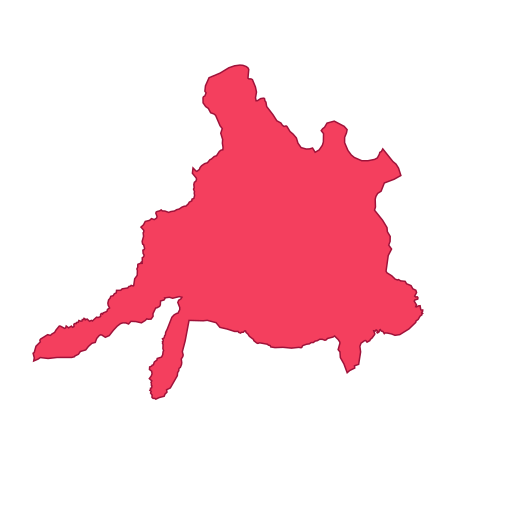 outline of Pital, Huila, Colombia, rotated 110°
{"feature_id": "7082276B7472768394533", "entity_name": "Pital", "entity_type": "district", "adm_level": 2, "iso_a3": "COL", "parent_name": "Colombia", "parent_adm1": "Huila", "projection": "mercator", "projection_center": [-75.81, 2.257], "detail": "fine", "context": "isolated", "style": "filled", "palette": "rose", "viewbox_px": 512, "rotation_deg": 110, "n_neighbors": 0, "source": "geoboundaries", "source_scale": "gbopen_adm2", "svg_char_len": 6128}
<svg xmlns="http://www.w3.org/2000/svg" viewBox="0 0 512 512"><g transform="rotate(110 256 256)"><path d="M334.5,130.4L331.6,128.8L327.5,124.9L325.5,125.9L322.7,122.5L310.3,124.9L305.4,127.5L302.0,127.5L298.4,125.0L297.9,124.0L299.0,122.2L296.6,120.1L295.2,120.0L293.4,118.9L289.3,117.7L288.6,117.7L286.0,119.8L285.6,118.0L284.4,117.9L284.3,117.4L285.2,116.0L286.5,116.2L286.8,115.6L285.5,114.5L283.0,114.4L282.6,114.0L283.7,112.6L283.5,111.0L285.1,108.9L284.2,108.5L283.5,106.3L282.9,102.1L283.0,98.3L280.7,94.0L272.2,87.3L263.8,83.2L262.3,83.4L260.1,81.9L256.5,81.3L254.5,80.0L253.7,80.5L252.9,79.8L252.3,81.0L250.8,80.5L249.7,80.9L250.3,82.3L249.9,82.9L246.6,84.8L247.4,86.4L248.9,87.7L249.0,88.6L247.0,88.5L244.3,91.9L243.0,91.7L241.2,89.3L239.9,89.5L239.2,90.4L239.9,92.2L239.4,93.2L235.4,92.6L233.5,94.1L233.2,97.4L230.8,100.2L230.6,105.0L228.8,107.2L229.9,111.6L229.4,114.0L230.1,114.7L230.2,117.2L228.2,121.6L227.0,127.2L225.8,128.6L210.4,131.9L203.1,131.0L200.4,135.0L196.4,135.0L191.7,136.6L188.2,140.9L184.5,142.6L179.1,149.3L172.4,160.3L169.1,160.5L161.9,163.4L159.1,163.7L155.6,163.1L152.3,160.6L143.5,160.4L136.6,152.4L130.8,147.4L124.7,152.1L121.8,155.8L120.4,159.7L112.0,173.5L114.9,173.9L116.3,175.1L118.1,174.9L122.3,175.5L124.6,177.5L128.2,183.4L130.3,189.2L129.8,197.3L128.5,201.0L125.4,205.7L119.2,211.5L114.2,213.3L109.3,213.1L106.1,213.6L104.0,217.5L102.5,228.6L106.8,234.7L111.6,235.6L113.6,236.9L115.9,237.6L117.9,234.4L125.8,231.7L129.2,231.5L134.7,232.9L138.3,235.9L135.2,239.8L137.1,242.4L138.3,245.4L138.7,250.7L135.6,255.2L131.3,258.4L128.8,262.8L127.4,266.6L123.7,271.2L123.5,272.2L124.7,274.1L124.0,276.1L122.5,278.1L121.8,282.7L117.5,288.3L111.9,297.1L108.0,299.3L107.1,300.7L105.1,301.9L105.1,302.9L106.5,305.5L109.5,307.7L110.1,309.0L107.5,310.6L101.8,311.6L97.3,314.4L91.5,319.7L91.3,321.3L92.0,323.2L91.6,324.4L83.2,326.6L81.9,328.0L81.3,330.2L81.3,333.5L82.1,336.4L84.6,341.2L88.4,345.9L96.5,352.4L104.5,361.1L113.4,361.7L118.6,360.4L119.8,358.7L123.1,358.8L124.2,359.8L125.5,359.9L130.2,358.1L132.8,354.4L133.6,351.3L136.9,347.6L136.9,344.2L137.6,342.1L145.9,334.3L147.8,331.3L152.7,331.1L157.9,327.2L161.5,326.2L165.0,324.2L167.5,323.5L168.5,325.1L170.2,326.2L175.3,327.4L176.8,329.3L180.2,331.1L181.2,332.2L185.0,333.5L186.8,335.9L189.8,338.0L192.0,338.8L194.0,338.8L196.7,340.5L196.5,341.8L194.8,345.3L200.0,344.1L203.1,338.9L204.2,338.1L206.3,338.1L207.8,339.1L210.0,338.9L213.1,337.4L214.5,337.6L216.5,335.8L218.0,335.6L220.1,334.4L223.1,334.1L224.5,335.6L226.1,335.2L228.2,337.1L230.3,337.5L233.2,339.0L233.8,340.5L235.5,342.4L238.1,344.2L239.6,346.4L241.6,348.0L243.4,351.3L244.9,352.9L244.9,356.9L245.7,359.5L245.1,360.9L246.5,361.9L247.9,364.0L248.7,364.8L250.0,364.8L252.7,362.5L254.4,362.4L256.6,364.1L256.6,367.0L258.9,368.2L261.4,371.9L265.2,372.4L268.2,374.0L270.3,370.2L271.8,369.7L272.8,370.0L275.9,368.4L281.2,368.0L283.0,367.0L283.7,366.4L283.7,365.6L286.9,363.3L288.2,363.3L289.2,364.3L292.3,362.9L293.0,361.8L294.1,361.3L295.4,361.4L296.5,362.3L299.9,361.0L301.0,361.7L301.3,360.5L301.8,360.4L302.5,362.2L304.1,364.1L304.7,364.1L306.9,363.3L308.9,363.5L310.2,362.5L314.8,361.0L318.9,362.2L325.7,360.8L326.2,361.3L326.3,363.3L327.3,363.6L328.1,365.0L329.9,365.6L332.6,370.5L334.5,371.4L336.0,375.3L338.4,374.7L339.9,376.2L342.1,376.6L343.6,378.7L345.7,378.7L347.7,379.5L350.9,379.1L352.8,378.1L354.9,375.8L357.0,377.3L358.7,377.1L359.5,377.6L361.7,380.1L363.0,380.3L362.7,381.2L363.1,381.8L364.4,382.0L365.8,381.4L366.6,381.8L367.8,383.4L368.0,384.9L373.0,387.5L372.8,388.7L374.3,390.1L373.0,393.1L374.4,394.6L373.5,395.3L373.4,396.3L374.7,396.4L375.1,397.5L376.6,397.3L377.2,398.4L377.2,400.4L379.1,400.4L379.9,401.9L380.9,401.8L381.4,403.1L382.4,403.8L384.6,402.9L385.8,404.1L385.0,405.5L387.6,407.5L386.7,410.4L388.5,410.3L389.5,411.0L388.8,415.8L389.1,416.9L393.9,418.6L396.7,419.1L399.2,421.2L400.9,422.0L401.2,424.9L407.7,430.0L409.0,430.3L410.5,429.3L416.0,431.9L422.6,431.4L423.6,432.2L427.6,429.5L430.7,429.0L427.4,425.5L425.2,424.0L423.4,416.3L419.4,408.3L414.3,394.4L412.7,392.1L411.9,392.0L409.1,389.3L405.8,388.4L402.5,383.9L398.2,382.5L394.1,380.3L392.2,377.5L388.0,377.5L384.5,376.2L383.1,375.0L383.0,373.9L383.9,369.8L381.0,366.7L374.5,364.6L369.3,362.4L365.9,360.2L364.4,358.3L363.4,355.5L363.5,352.5L360.2,351.2L358.7,346.5L358.0,340.8L354.4,338.0L352.3,337.1L352.4,335.9L351.2,333.0L347.9,332.1L345.4,333.1L339.2,332.5L338.6,331.4L336.3,329.4L334.7,329.2L330.9,330.3L328.8,327.4L327.1,327.0L326.6,327.5L324.4,323.3L324.2,319.9L320.4,314.2L320.1,311.5L322.0,311.9L324.0,313.5L326.4,313.6L330.5,310.0L332.5,309.3L336.5,309.8L337.0,310.8L339.3,312.8L342.3,314.1L355.2,314.4L358.6,314.8L361.0,314.2L362.3,314.6L364.3,314.3L365.8,315.6L366.8,314.4L367.7,314.1L368.7,314.6L369.3,313.9L370.3,313.9L370.8,313.1L374.9,311.8L376.6,310.4L377.7,310.6L380.7,309.9L383.3,310.2L386.1,313.8L387.6,313.5L390.4,315.3L393.3,315.2L394.2,316.3L395.2,316.4L396.6,318.0L399.1,317.3L399.9,314.7L402.2,313.4L404.6,313.4L407.7,314.3L409.0,311.2L410.8,311.4L411.6,310.6L413.2,310.2L413.6,309.4L415.6,309.0L416.4,309.9L417.2,309.4L418.5,309.8L419.0,308.2L420.8,308.2L422.2,306.1L424.4,305.4L425.0,304.0L424.4,302.2L424.8,301.2L422.1,298.5L419.2,294.3L417.0,294.3L414.4,293.1L412.3,294.3L409.3,291.4L395.4,289.0L392.4,289.8L390.2,289.3L388.8,289.8L387.5,289.7L386.6,289.0L383.5,288.9L381.6,289.3L378.3,291.0L375.6,290.4L373.9,290.6L371.1,292.5L360.2,293.5L339.4,296.9L334.9,283.4L333.1,279.8L332.3,270.7L335.4,265.5L334.5,258.1L334.2,250.2L333.0,247.1L333.7,246.1L333.7,244.1L332.7,243.6L332.0,241.9L330.3,241.1L330.0,240.2L331.2,239.2L332.1,236.9L333.7,234.8L335.3,229.8L336.3,229.1L337.5,225.6L337.5,224.4L336.3,222.8L335.0,215.0L335.5,214.0L335.3,212.0L336.4,211.0L335.6,206.8L332.6,199.5L330.4,191.1L327.2,184.5L326.8,182.3L326.2,181.7L324.6,181.6L323.9,181.1L321.6,178.3L320.3,175.8L318.5,174.6L317.7,172.5L315.8,171.4L314.6,169.4L312.5,167.7L311.6,165.2L311.6,162.4L310.6,161.2L309.1,160.7L305.8,155.9L304.3,154.8L306.4,150.2L308.2,147.8L309.3,147.3L315.9,146.8L317.4,144.3L322.6,142.0L327.3,136.5L334.5,130.4Z" fill="#f43f5e" stroke="#9f1239" stroke-width="1.5"/></g></svg>